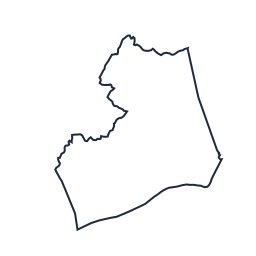 the district of Pekan, Pahang, Malaysia, rotated 67°
{"feature_id": "92858781B2818057588374", "entity_name": "Pekan", "entity_type": "district", "adm_level": 2, "iso_a3": "MYS", "parent_name": "Malaysia", "parent_adm1": "Pahang", "projection": "albers", "projection_center": [103.074, 3.304], "detail": "fine", "context": "isolated", "style": "outline", "palette": "slate", "viewbox_px": 256, "rotation_deg": 67, "n_neighbors": 0, "source": "geoboundaries", "source_scale": "gbopen_adm2", "svg_char_len": 2262}
<svg xmlns="http://www.w3.org/2000/svg" viewBox="0 0 256 256"><g transform="rotate(67 128 128)"><path d="M77.8,41.8L77.4,45.3L77.9,46.9L77.5,48.8L77.2,50.7L77.4,52.8L77.9,54.6L78.2,56.2L78.1,58.3L77.1,59.6L75.7,60.3L74.6,62.1L73.6,63.6L73.2,66.3L73.9,69.0L72.7,70.0L71.2,71.2L69.6,72.1L67.5,73.1L65.7,73.6L64.7,74.2L65.4,76.3L65.1,78.6L64.0,81.2L62.9,82.9L61.0,84.1L59.2,84.5L57.2,85.2L55.5,86.6L54.6,87.2L54.8,88.7L53.6,90.0L51.0,88.1L47.9,86.9L46.2,87.6L47.2,89.3L46.8,90.3L43.6,90.2L42.9,91.7L43.3,94.1L44.1,96.3L44.3,98.0L45.7,99.7L47.5,101.2L50.2,103.9L50.9,105.6L52.3,106.7L54.4,107.6L55.7,108.7L55.7,109.8L55.2,110.0L54.3,114.3L58.5,119.8L61.2,124.1L62.3,125.2L64.4,126.5L65.3,128.1L70.5,134.5L71.9,134.1L73.7,134.5L75.4,136.5L77.9,135.1L79.2,132.9L81.0,128.4L80.9,127.4L81.9,126.6L84.3,126.9L86.1,125.2L86.8,126.5L87.4,129.7L89.5,132.4L91.5,134.8L94.4,133.9L95.5,133.1L97.7,132.1L99.5,132.5L102.2,132.1L102.9,130.7L104.0,129.4L106.0,128.3L107.5,126.7L108.8,125.6L110.5,125.1L111.3,123.8L112.4,122.4L114.1,125.1L115.4,127.3L116.0,130.0L115.4,132.8L116.1,135.5L118.4,138.2L118.5,139.3L121.0,140.1L122.0,141.3L123.9,142.9L123.7,145.6L125.1,147.5L126.7,149.0L127.9,150.0L127.5,151.7L126.5,153.8L125.0,155.9L127.0,157.2L127.2,158.3L126.0,160.4L126.7,162.1L126.3,163.1L125.0,164.9L122.0,165.9L122.6,168.2L124.1,170.7L123.0,172.5L119.9,172.8L116.8,173.1L115.1,174.4L114.3,177.0L113.0,180.4L112.6,182.3L115.4,183.2L117.4,184.7L119.1,185.4L116.8,186.9L117.7,188.2L120.2,188.6L120.6,190.0L119.9,192.4L121.3,194.1L123.9,194.9L125.4,196.3L125.8,199.3L127.5,201.1L128.8,202.3L128.2,204.0L130.3,204.7L132.6,204.7L133.7,204.4L135.6,205.8L136.3,208.2L136.8,210.0L137.8,211.1L139.9,211.1L141.9,210.9L144.4,210.6L147.5,210.4L150.8,209.7L185.9,210.1L201.8,214.2L201.1,199.3L201.8,190.7L203.9,179.0L205.3,173.1L205.3,159.0L204.6,141.8L201.5,130.8L200.8,126.7L199.7,122.6L199.0,118.1L199.0,113.6L200.1,109.5L201.1,105.7L201.8,100.6L202.8,96.4L204.5,93.3L205.9,89.9L208.0,86.5L209.7,83.4L212.4,80.6L213.1,77.9L212.1,75.4L210.0,73.0L207.3,70.6L205.2,68.2L193.4,54.0L193.1,55.1L191.9,55.7L190.2,55.9L189.5,55.0L188.9,53.9L187.9,54.6L187.0,54.6L186.7,53.8L185.0,54.4L183.2,54.7L127.8,51.3L126.5,51.1L78.1,42.1L77.8,41.8Z" fill="none" stroke="#1e293b" stroke-width="2"/></g></svg>